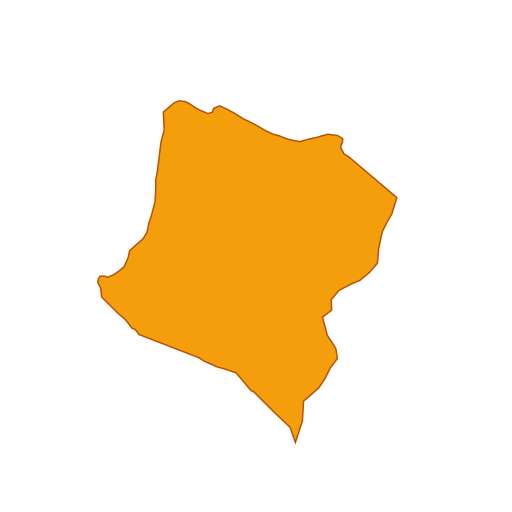 the district of Matu, Sarawak, Malaysia, rotated 52°
{"feature_id": "92858781B59965147339315", "entity_name": "Matu", "entity_type": "district", "adm_level": 2, "iso_a3": "MYS", "parent_name": "Malaysia", "parent_adm1": "Sarawak", "projection": "natural_earth1", "projection_center": [111.67, 2.652], "detail": "fine", "context": "isolated", "style": "filled", "palette": "amber", "viewbox_px": 512, "rotation_deg": 52, "n_neighbors": 0, "source": "geoboundaries", "source_scale": "gbopen_adm2", "svg_char_len": 1353}
<svg xmlns="http://www.w3.org/2000/svg" viewBox="0 0 512 512"><g transform="rotate(52 256 256)"><path d="M427.1,339.7L414.6,321.0L399.7,307.9L398.6,287.8L395.1,277.2L389.8,266.1L387.0,255.1L379.2,250.6L376.4,249.8L362.2,248.6L345.2,241.2L345.2,229.7L336.7,223.6L334.2,211.8L336.7,198.3L339.2,188.8L338.8,176.6L336.4,164.7L325.8,154.9L314.8,141.8L309.8,131.6L306.7,123.4L296.7,109.1L234.7,121.9L229.7,123.8L222.5,122.5L219.2,117.4L217.0,115.5L211.5,117.4L204.3,124.4L202.1,129.6L199.9,135.3L196.5,142.3L192.7,151.3L188.3,155.1L182.7,159.6L176.1,163.4L170.0,167.9L162.3,171.7L155.6,174.3L146.8,178.1L140.7,181.3L130.2,185.1L121.4,189.0L115.3,192.2L113.6,198.6L115.8,201.8L114.2,206.2L105.9,210.7L101.5,212.6L95.4,214.5L91.0,216.5L86.5,220.9L84.9,226.0L85.5,240.4L100.0,250.6L107.8,260.8L116.0,269.0L128.7,281.7L134.4,288.2L141.8,294.0L151.0,302.1L159.8,313.6L164.4,320.5L170.1,327.1L172.9,334.4L173.3,342.6L174.0,352.4L178.6,357.8L183.2,366.4L183.5,372.5L183.2,379.0L181.4,386.2L179.3,387.1L175.9,391.3L176.4,393.0L177.8,395.3L179.4,396.9L181.8,397.5L185.7,398.1L193.4,402.9L215.5,400.1L225.3,398.2L229.5,398.1L233.2,398.1L236.7,398.2L239.0,396.6L242.6,396.4L245.8,396.6L300.9,363.7L306.7,361.7L319.6,354.8L327.0,349.3L335.8,343.6L359.0,342.8L361.5,341.4L392.3,337.6L412.0,334.6L427.1,339.7Z" fill="#f59e0b" stroke="#b45309" stroke-width="1.5"/></g></svg>